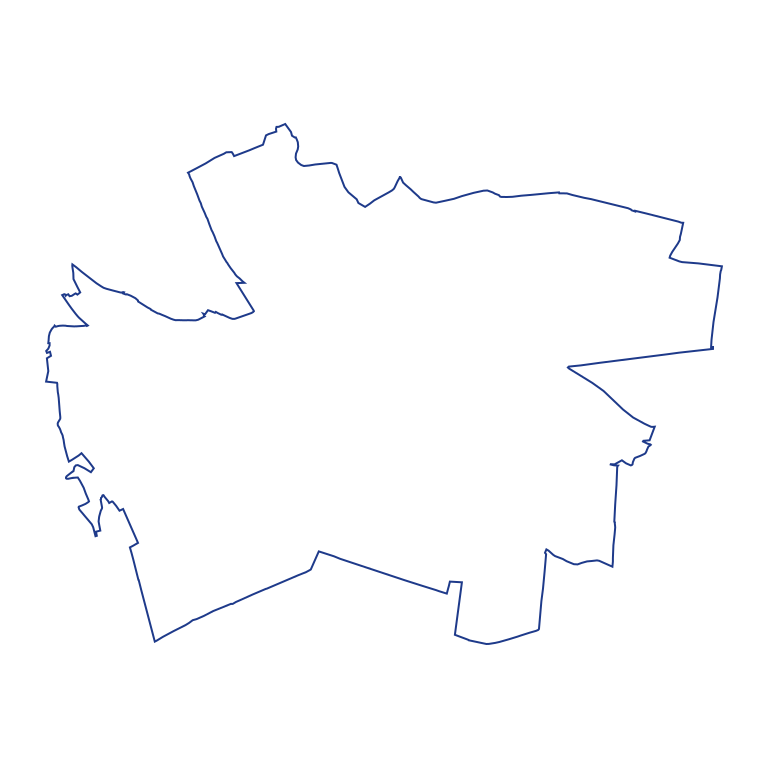 the district of Nufaru, Tulcea, Romania
{"feature_id": "2599482B16280673296012", "entity_name": "Nufaru", "entity_type": "district", "adm_level": 2, "iso_a3": "ROU", "parent_name": "Romania", "parent_adm1": "Tulcea", "projection": "robinson", "projection_center": [28.921, 45.135], "detail": "fine", "context": "isolated", "style": "outline", "palette": "blue", "viewbox_px": 768, "rotation_deg": 0, "n_neighbors": 0, "source": "geoboundaries", "source_scale": "gbopen_adm2", "svg_char_len": 5987}
<svg xmlns="http://www.w3.org/2000/svg" viewBox="0 0 768 768"><path d="M196.3,168.4L188.0,172.7L189.1,174.3L189.6,176.2L190.5,178.4L192.6,182.3L193.8,186.0L197.2,194.3L199.5,200.6L200.8,203.2L201.8,206.6L204.7,212.9L206.3,216.9L207.4,218.7L209.4,224.4L211.6,230.2L212.6,232.0L214.5,236.3L216.3,241.3L217.1,242.7L222.2,254.2L223.1,256.5L225.7,260.7L226.4,261.9L227.4,263.1L228.1,264.4L230.7,268.2L234.3,272.8L235.2,274.3L236.1,275.4L237.0,276.4L239.7,278.5L242.5,281.3L244.4,282.8L236.5,283.1L253.7,310.6L253.9,311.2L253.0,312.1L251.5,313.0L249.0,313.9L235.5,318.6L234.4,318.9L232.5,318.9L229.6,317.9L222.2,314.5L222.0,314.8L221.2,314.7L217.7,313.0L215.8,311.9L215.0,312.8L210.6,311.1L208.0,310.2L205.1,314.2L204.7,314.2L203.3,313.7L203.9,314.6L203.9,315.4L204.1,316.0L204.6,316.4L198.3,319.7L195.9,320.3L192.6,320.3L188.1,320.2L184.6,320.3L177.8,320.1L175.7,320.2L173.6,319.7L170.8,318.7L165.1,316.1L162.1,314.9L160.3,314.1L159.0,313.6L157.7,313.4L150.9,309.7L150.8,309.3L150.3,308.9L147.6,307.5L138.1,301.5L138.0,300.5L135.4,298.2L130.7,295.7L126.8,294.2L126.2,294.5L125.3,294.3L123.2,293.5L124.0,292.3L123.2,292.1L121.3,292.6L120.5,292.5L112.8,290.5L106.5,288.8L103.6,287.8L101.1,286.3L96.4,283.2L81.8,271.9L76.3,267.3L72.4,264.4L72.3,265.3L72.3,266.0L72.6,268.4L73.3,272.9L73.5,279.1L77.4,287.0L80.2,292.4L79.0,293.4L77.4,294.6L75.7,293.4L74.7,293.9L71.8,295.8L69.6,296.2L68.3,294.3L66.1,295.1L65.7,295.7L65.0,294.4L64.2,294.2L62.2,295.1L68.9,304.8L71.7,308.7L75.7,313.9L77.7,316.3L79.0,317.7L85.3,323.4L87.8,325.5L86.8,326.0L86.2,325.5L83.4,325.9L76.9,326.3L74.1,326.4L67.1,326.0L65.4,325.7L62.8,325.6L59.5,325.8L57.9,326.1L55.8,326.7L54.6,325.6L54.2,326.5L52.8,327.8L51.6,329.3L49.8,332.6L48.9,336.2L48.6,340.4L48.3,343.1L49.6,343.1L49.6,345.5L48.3,348.7L46.2,351.0L47.0,352.9L50.0,351.8L51.0,355.8L46.9,358.3L48.3,371.1L46.1,381.6L57.0,382.8L57.3,383.9L57.3,386.1L57.8,392.1L58.3,394.9L58.7,398.0L59.7,411.2L60.3,417.1L60.3,418.2L60.2,418.8L59.7,419.7L58.0,422.5L57.7,423.5L57.8,425.1L58.0,425.7L58.8,426.8L59.9,428.8L60.6,430.6L61.1,432.3L61.9,433.8L62.6,435.4L63.0,437.5L63.6,439.9L64.0,442.8L64.6,446.5L67.2,456.3L68.9,461.6L71.7,460.0L78.7,455.5L81.5,453.2L88.8,461.6L93.8,468.3L90.9,472.2L84.4,468.2L77.8,465.1L75.8,465.4L74.3,467.2L73.5,471.1L71.5,472.5L71.5,472.4L66.7,476.2L66.0,477.3L66.0,478.2L66.5,478.7L68.1,478.8L72.5,477.9L72.5,478.0L74.8,477.7L77.8,477.5L79.9,480.7L83.7,487.8L85.8,493.6L88.2,499.2L89.0,501.4L88.3,502.1L85.5,503.9L82.1,505.4L78.8,506.7L78.6,507.3L79.3,509.5L91.8,524.3L93.2,527.3L95.5,536.2L96.8,535.8L96.0,531.7L100.3,530.6L99.1,524.3L98.6,521.5L99.1,517.1L99.3,516.1L100.8,510.7L101.9,508.6L102.1,507.8L101.9,506.4L100.7,500.0L100.8,500.0L101.0,499.1L101.0,497.9L101.8,497.2L102.3,495.8L102.5,495.4L103.2,495.1L103.6,495.3L104.4,496.6L108.2,501.2L109.2,503.0L112.0,501.4L112.7,501.7L116.1,505.8L119.5,510.7L123.1,509.0L138.0,542.9L132.6,546.0L129.9,547.4L131.5,552.9L133.4,560.0L138.4,579.9L138.7,580.0L141.2,589.9L154.8,641.6L156.6,640.7L162.8,636.9L173.6,631.1L185.7,625.0L189.1,622.9L192.7,620.2L196.6,619.1L203.9,615.9L213.1,611.1L231.1,603.8L231.9,604.0L232.5,603.9L232.9,603.8L235.9,602.0L240.0,600.2L252.9,594.4L265.8,588.9L266.7,588.7L298.3,575.2L306.1,572.1L309.6,570.2L310.8,569.5L318.8,551.4L334.0,556.3L340.1,558.8L404.6,580.2L422.5,585.9L436.0,590.1L439.1,591.2L446.8,593.6L448.4,587.6L448.7,586.6L449.9,581.6L461.9,582.3L454.9,634.8L467.2,639.4L468.7,640.0L468.9,640.1L468.9,640.3L486.4,644.0L489.0,643.9L495.2,642.9L499.3,642.0L508.8,639.3L517.6,636.6L520.8,635.5L529.6,632.7L535.9,630.9L538.1,630.0L538.8,629.3L539.0,628.7L541.4,601.0L543.0,588.6L544.6,571.6L546.1,554.2L545.0,552.8L546.4,549.4L548.5,550.6L553.3,554.9L555.1,556.1L562.8,559.0L566.6,561.2L573.9,564.2L577.6,564.4L581.7,562.9L587.1,561.4L591.7,561.0L597.0,560.4L599.2,560.8L611.1,566.1L612.4,566.7L612.9,561.7L612.9,558.1L613.4,545.3L614.6,534.3L615.2,527.6L615.1,526.1L614.8,523.4L614.8,522.8L614.9,522.3L614.3,521.8L615.2,504.3L616.5,485.1L617.2,467.3L617.6,466.1L618.0,465.6L613.9,465.3L610.7,464.5L610.8,464.2L614.5,464.4L621.9,460.3L626.0,463.3L630.8,465.4L631.7,465.1L632.5,464.4L632.9,462.1L634.4,458.6L635.2,457.8L640.2,455.9L643.2,454.5L644.5,453.9L645.3,453.3L645.7,452.7L646.4,451.4L647.0,449.7L648.4,446.6L650.3,445.3L650.8,444.8L650.4,444.4L647.6,443.7L643.0,441.5L643.4,440.8L649.6,440.3L654.7,426.7L652.7,426.9L651.1,426.8L649.5,426.1L644.4,423.7L633.1,417.5L623.0,409.5L603.6,391.0L592.3,382.9L569.1,368.6L567.9,367.5L568.8,366.6L580.8,365.4L599.8,362.8L667.0,354.3L678.9,352.7L713.0,348.9L713.0,347.0L711.1,347.1L711.5,340.0L713.5,322.0L717.5,297.5L719.9,278.4L720.1,274.5L720.7,271.1L721.2,270.0L721.9,266.3L698.5,263.4L682.1,262.1L679.3,261.4L669.6,257.7L670.2,255.6L672.3,251.8L677.9,243.5L679.8,240.0L680.0,236.9L680.8,234.1L683.2,222.8L681.3,222.7L678.3,221.6L646.7,213.6L635.2,210.8L635.2,211.5L631.7,210.3L630.8,209.4L628.0,208.2L591.0,199.1L584.1,197.8L572.4,195.0L566.9,193.4L559.2,193.3L559.0,192.4L548.8,193.2L531.1,194.9L521.3,195.7L512.5,196.8L506.7,197.0L501.1,196.9L499.8,196.4L499.2,195.4L498.8,195.1L495.0,193.7L492.7,192.4L487.4,190.5L483.5,190.7L473.8,192.8L461.9,196.1L454.0,198.8L445.4,200.7L436.0,202.7L433.5,202.4L421.4,199.1L420.3,198.4L419.4,197.6L418.7,196.7L413.4,191.9L410.7,189.3L405.9,185.2L403.1,182.6L400.8,177.6L400.2,177.0L399.8,177.0L399.6,177.7L397.6,181.2L394.7,187.4L393.8,188.9L391.9,190.5L388.7,192.4L374.3,200.3L369.9,203.7L365.1,206.9L358.4,203.0L356.7,199.3L348.4,192.3L344.5,186.9L339.1,172.8L337.9,168.9L336.5,164.7L332.0,163.0L330.9,162.9L315.1,164.5L309.1,165.5L303.9,166.0L301.2,165.0L298.0,162.6L296.1,160.0L295.6,157.3L296.0,153.6L297.7,149.5L298.2,146.5L297.8,142.2L296.7,139.3L295.8,137.4L294.8,137.5L292.0,135.7L291.0,132.0L285.2,124.0L278.8,126.8L276.5,126.9L276.0,128.8L276.3,131.6L268.6,134.1L266.0,135.4L263.0,144.7L254.8,148.0L249.3,150.3L234.1,156.1L232.8,153.6L231.7,152.1L226.3,152.3L223.8,153.8L214.6,157.9L205.7,163.4L196.3,168.4Z" fill="none" stroke="#1e3a8a" stroke-width="2"/></svg>